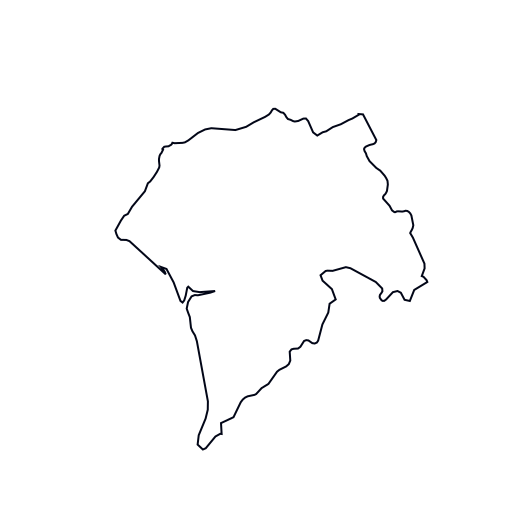 the border of Huelva, rotated 44°
{"feature_id": "ESP-5824", "entity_name": "Huelva", "entity_type": "Autonomous Community", "adm_level": 1, "iso_a3": "ESP", "parent_name": "Spain", "parent_adm1": "", "projection": "natural_earth1", "projection_center": [-6.789, 37.509], "detail": "fine", "context": "isolated", "style": "outline", "palette": "ink", "viewbox_px": 512, "rotation_deg": 44, "n_neighbors": 0, "source": "natural_earth", "source_scale": "10m", "svg_char_len": 2758}
<svg xmlns="http://www.w3.org/2000/svg" viewBox="0 0 512 512"><g transform="rotate(44 256 256)"><path d="M137.2,335.4L134.2,324.3L133.2,318.6L134.6,314.8L132.6,306.6L131.1,286.6L127.7,278.8L128.1,275.9L127.5,270.4L126.3,264.3L124.9,259.6L123.8,258.0L120.4,255.2L118.8,253.6L117.1,251.0L117.0,250.7L116.5,249.3L116.4,247.6L115.3,244.1L114.5,244.2L114.2,243.9L114.1,241.2L114.8,240.2L116.9,237.8L117.2,236.5L117.6,235.4L117.7,234.2L117.2,232.6L119.1,231.4L124.5,225.7L125.9,223.7L127.0,219.9L128.8,207.8L131.5,200.3L135.1,195.1L153.7,179.7L159.2,169.9L161.5,161.4L165.9,149.6L167.0,145.2L166.9,142.6L166.3,140.2L166.2,138.2L167.6,136.7L174.0,135.4L176.2,134.0L178.8,134.2L181.3,135.0L183.8,135.3L186.3,134.0L189.0,133.2L190.5,132.3L192.6,129.5L194.6,124.3L196.4,122.4L199.8,122.7L211.2,127.4L216.4,126.8L218.0,120.7L219.9,117.5L221.7,109.9L225.5,102.3L228.2,93.9L229.8,90.2L231.8,83.0L231.2,82.6L234.6,79.8L262.0,89.0L263.0,90.9L263.1,92.7L262.4,94.4L261.4,95.9L260.5,97.4L259.1,100.8L258.9,102.6L259.4,104.0L261.2,105.1L263.8,105.8L266.3,107.2L271.8,108.9L281.4,109.1L286.2,108.3L292.9,108.9L295.7,109.6L298.4,110.6L301.2,113.0L305.0,118.2L305.6,119.9L306.0,121.7L305.9,123.6L306.4,125.3L307.6,126.4L317.2,127.1L322.2,128.7L325.1,128.3L325.8,127.6L326.3,126.1L327.3,125.0L330.3,122.5L331.4,121.0L332.2,119.5L333.6,118.5L335.3,118.1L337.4,118.2L339.6,118.9L347.8,124.6L349.3,127.1L350.0,129.1L350.4,130.8L350.9,132.2L351.0,132.4L356.1,133.8L382.5,144.5L385.9,147.8L389.2,155.3L391.0,154.6L395.6,154.9L397.3,155.7L393.4,170.5L397.9,181.5L393.3,184.3L385.7,181.8L382.1,182.9L379.6,186.9L379.8,196.8L379.4,199.2L378.2,200.4L376.9,200.6L374.2,200.1L373.1,199.3L372.2,197.9L371.8,194.9L371.4,193.5L369.3,191.7L360.2,191.5L332.4,199.2L328.4,201.6L321.4,213.5L317.6,216.9L316.5,218.4L315.8,225.0L321.0,227.5L333.6,227.1L343.5,231.9L342.1,239.2L347.3,246.5L351.3,259.1L359.5,273.7L359.9,276.0L359.0,278.2L357.0,279.6L352.4,280.3L350.6,281.6L349.6,283.7L351.0,290.5L350.5,293.4L347.6,296.5L346.4,298.5L346.7,301.4L353.3,307.4L354.7,311.0L354.4,314.5L351.9,321.6L351.5,324.6L353.8,339.4L351.8,347.1L352.0,355.2L351.4,356.9L347.5,362.7L346.5,365.4L346.2,368.4L346.6,371.8L351.8,387.6L346.9,400.5L354.9,407.9L353.8,408.7L352.2,414.0L353.4,429.2L352.2,432.1L345.0,432.2L339.3,424.7L332.7,408.0L328.1,400.1L322.4,394.0L272.7,358.4L267.3,355.5L262.6,354.3L259.1,352.8L250.8,345.9L246.7,344.0L242.7,342.0L239.1,336.3L237.7,329.8L239.1,326.6L241.5,324.6L248.6,314.1L250.9,309.6L240.6,321.1L235.0,325.0L228.6,325.1L228.6,326.6L233.0,333.4L235.2,337.8L235.5,340.5L232.9,340.8L215.1,332.2L208.6,330.1L200.6,327.5L195.3,329.9L201.0,330.6L203.8,331.9L154.7,333.2L151.6,334.5L147.6,338.2L143.9,338.6L140.4,337.2L137.2,335.4Z" fill="none" stroke="#020617" stroke-width="2"/></g></svg>